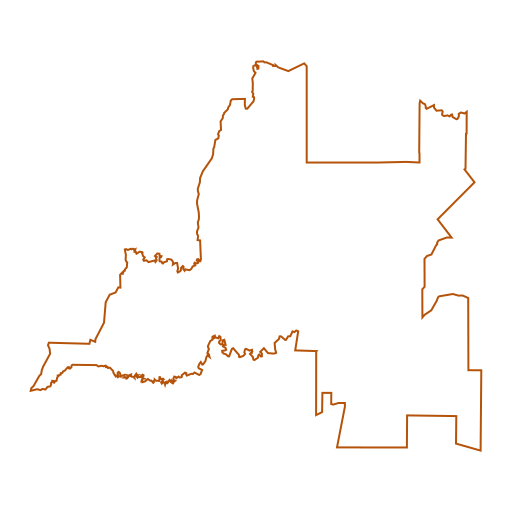 outline of Santa María, Córdoba, Argentina
{"feature_id": "61730980B95109119515520", "entity_name": "Santa María", "entity_type": "district", "adm_level": 2, "iso_a3": "ARG", "parent_name": "Argentina", "parent_adm1": "Córdoba", "projection": "equal_earth", "projection_center": [-64.536, -31.682], "detail": "fine", "context": "isolated", "style": "outline", "palette": "amber", "viewbox_px": 512, "rotation_deg": 0, "n_neighbors": 0, "source": "geoboundaries", "source_scale": "gbopen_adm2", "svg_char_len": 6047}
<svg xmlns="http://www.w3.org/2000/svg" viewBox="0 0 512 512"><path d="M124.8,249.5L125.9,254.9L125.6,259.7L126.2,261.4L127.2,262.4L126.8,267.3L124.8,269.6L124.8,270.7L123.7,271.0L122.8,273.8L122.0,273.7L121.8,273.0L120.1,274.8L120.4,287.6L118.3,287.4L115.6,292.5L109.7,294.7L105.7,302.2L104.0,322.7L95.5,339.1L95.2,341.8L90.4,339.8L89.4,343.8L48.9,342.7L48.0,345.2L49.6,349.0L50.1,353.8L43.1,366.7L41.7,370.5L41.2,374.0L39.3,375.9L33.5,386.1L31.3,388.2L30.7,390.8L37.2,389.2L40.5,390.1L42.6,388.9L45.5,389.5L47.5,386.9L50.4,386.3L51.2,384.1L51.0,383.0L52.3,381.6L52.3,380.8L53.5,381.0L53.3,382.1L54.1,382.7L55.3,381.1L56.5,380.8L57.2,377.4L58.4,376.2L57.9,375.5L60.7,374.6L60.7,373.2L62.3,372.9L63.2,371.3L64.7,370.7L67.8,367.2L68.9,367.2L68.9,368.4L69.9,368.6L71.3,367.4L71.6,365.5L72.4,364.8L96.5,365.1L98.3,366.4L101.9,365.8L103.6,366.3L105.5,365.6L106.5,366.3L106.2,367.1L107.6,367.0L108.0,368.0L110.0,367.7L113.1,371.0L113.4,372.6L114.9,375.4L115.6,375.3L115.9,376.5L117.3,376.0L117.9,377.2L118.9,376.6L117.7,374.2L117.7,372.7L118.6,371.9L119.7,372.7L121.1,376.6L122.5,375.5L124.6,375.0L124.6,376.8L123.9,377.5L126.0,377.5L126.3,378.6L127.0,378.4L127.5,376.6L128.1,377.2L128.6,376.5L127.4,375.3L130.0,375.9L130.0,374.9L131.1,374.5L130.9,375.9L131.6,376.7L133.3,376.8L134.5,378.0L134.3,376.5L136.3,373.7L136.9,374.6L136.5,375.4L137.8,375.3L136.4,376.3L137.5,377.6L137.9,377.0L139.9,377.1L142.6,374.7L143.5,375.2L143.6,375.8L142.0,377.5L144.0,378.6L142.5,378.8L141.8,380.1L141.5,381.4L142.3,381.2L142.5,382.2L145.0,381.4L147.8,379.0L150.3,380.7L151.4,380.6L153.2,382.8L153.8,382.3L153.7,381.1L154.5,380.6L154.6,379.4L155.9,380.7L159.1,380.9L159.6,376.3L160.7,379.1L163.1,378.7L163.7,379.4L161.1,382.2L161.8,383.6L163.6,382.1L164.5,382.7L165.1,384.7L165.9,382.0L166.6,381.7L166.8,383.0L167.4,383.2L169.5,380.0L170.6,381.6L171.4,380.3L172.5,381.6L172.2,383.0L173.0,383.4L174.3,381.2L175.1,380.8L173.8,380.1L173.3,378.9L174.2,376.6L175.7,376.9L176.3,378.2L178.5,376.6L179.6,377.5L181.3,377.2L181.9,376.7L181.7,375.3L185.0,372.6L186.4,373.2L186.1,374.4L186.8,375.6L191.3,373.8L192.9,374.0L194.5,372.5L199.3,375.0L200.6,374.0L202.1,369.9L198.7,368.3L198.2,366.9L199.4,363.8L200.8,362.0L202.3,364.6L203.1,364.4L205.4,361.1L206.4,357.1L207.6,355.4L209.5,356.9L209.1,355.7L207.8,355.1L207.7,354.0L208.4,353.9L207.4,352.9L208.9,349.0L207.9,346.8L208.1,345.7L210.3,341.0L212.3,339.8L212.5,336.7L214.8,335.6L215.0,336.5L214.2,338.1L215.5,337.4L218.2,338.3L219.2,336.1L220.4,336.8L220.7,339.9L219.2,341.6L219.0,342.8L220.6,344.4L222.3,344.4L222.8,340.3L224.3,339.8L225.6,344.9L223.5,344.9L223.0,346.4L225.4,347.7L226.2,349.7L225.2,350.4L222.2,350.8L222.4,352.4L223.7,353.6L225.8,354.2L228.1,356.3L229.1,356.4L231.9,348.9L233.1,348.2L238.7,354.6L239.2,355.4L239.0,356.8L239.9,357.2L243.4,355.8L245.1,353.9L244.3,352.2L245.1,349.3L246.0,348.8L249.5,350.6L252.0,349.8L252.3,351.4L251.7,352.1L251.8,352.8L251.0,352.8L250.0,353.9L252.9,357.0L253.4,359.6L254.5,360.0L257.9,357.7L258.4,355.2L259.2,354.5L260.9,356.5L261.9,356.3L261.9,353.5L260.2,351.9L263.9,348.2L268.0,353.1L273.6,353.6L275.9,353.1L276.2,352.6L275.2,349.7L274.6,343.0L279.0,338.9L279.6,336.4L280.9,336.3L285.2,339.9L286.0,339.9L288.1,336.4L290.3,336.2L292.5,331.4L294.4,332.1L296.2,330.5L298.2,331.3L295.2,350.4L316.6,351.1L316.2,351.8L316.1,415.1L322.1,412.1L322.4,392.9L331.3,392.9L331.2,404.0L333.2,404.6L338.4,403.0L344.9,403.0L344.9,406.7L337.0,447.4L406.9,447.5L407.1,415.4L456.3,416.1L456.0,443.6L480.6,450.6L481.3,370.3L468.4,370.2L468.2,298.0L462.6,295.5L458.4,295.6L452.9,294.0L439.3,296.3L438.1,297.2L436.6,301.0L431.3,310.3L424.6,314.8L422.4,317.4L422.3,289.3L424.6,286.8L424.5,258.9L427.0,256.0L431.4,254.5L436.1,245.3L437.2,244.4L437.1,242.7L438.5,240.5L446.8,237.5L451.6,237.6L437.6,219.3L474.5,182.3L464.5,169.4L465.5,168.7L466.0,133.8L466.6,133.6L466.7,111.8L464.6,113.5L461.0,112.5L458.8,113.8L458.8,116.6L457.5,118.9L456.4,119.2L452.6,117.0L452.1,114.5L451.1,114.7L449.7,116.4L447.4,115.4L444.2,116.1L442.3,115.1L442.1,113.8L442.7,111.7L442.2,110.7L441.6,110.3L436.5,110.7L434.0,107.6L434.0,105.1L426.6,108.8L425.7,107.9L425.8,106.6L425.0,104.2L422.9,103.3L420.2,100.7L419.6,103.3L419.2,152.7L419.5,153.2L419.5,162.5L406.1,161.9L379.3,162.5L306.7,162.5L306.7,66.2L304.2,63.4L288.3,71.1L278.1,67.3L275.5,64.9L275.5,66.0L273.0,65.9L273.0,65.1L266.3,62.3L264.4,62.4L263.4,61.4L256.4,61.7L255.8,62.8L255.9,64.3L258.5,66.0L258.4,68.5L257.4,68.9L257.1,67.1L255.6,64.9L253.4,66.1L253.1,67.5L253.8,71.0L255.5,72.9L252.3,78.4L252.8,83.2L252.7,90.8L252.1,91.8L253.3,93.8L252.8,96.8L254.0,97.2L254.2,98.1L253.6,101.2L247.3,108.7L245.8,108.7L244.8,105.2L244.9,98.9L232.3,99.2L230.8,100.5L230.0,104.9L228.2,107.5L227.9,109.2L224.1,113.0L224.1,113.8L222.9,115.6L222.8,118.0L220.6,121.4L221.0,129.9L219.2,131.2L218.0,134.3L218.8,135.4L218.3,138.4L215.4,139.9L214.2,147.1L213.4,148.6L213.1,154.3L211.8,158.4L202.9,171.2L200.1,178.0L199.9,182.3L197.8,188.7L197.9,191.2L198.8,194.0L197.1,200.4L197.0,203.5L198.7,212.1L199.0,216.3L198.8,219.5L197.8,222.4L198.5,227.6L197.0,231.4L197.0,233.7L198.1,235.9L197.6,240.1L200.1,240.4L200.9,259.6L200.4,259.8L200.3,261.2L199.5,261.1L198.2,259.1L197.2,259.3L196.7,260.3L198.3,262.1L198.2,262.8L196.6,263.5L194.7,262.7L194.2,263.8L195.2,265.4L192.6,266.5L191.4,268.8L189.6,270.2L185.3,269.4L184.6,270.7L183.3,269.0L183.5,266.7L182.8,266.0L181.1,267.8L180.9,270.2L180.3,271.1L177.9,272.5L177.3,271.4L178.1,268.5L177.1,263.0L175.3,263.0L172.9,264.6L173.2,262.9L172.6,261.2L171.3,259.6L168.5,259.0L167.3,259.1L166.9,261.3L164.1,262.2L162.9,263.5L162.3,263.3L161.5,261.5L160.0,261.5L159.4,260.8L159.7,257.3L161.0,257.2L161.5,256.2L159.6,255.7L159.4,253.7L157.3,253.5L155.0,256.0L156.7,257.0L155.9,257.9L156.7,260.2L155.4,262.0L154.6,260.5L148.5,262.1L146.4,260.3L143.9,260.8L143.2,259.7L144.7,257.4L143.1,256.1L142.1,253.4L142.6,252.8L142.3,252.2L139.6,251.7L136.5,253.7L135.7,251.7L134.7,251.8L135.3,249.4L134.2,250.1L134.0,249.1L132.9,248.7L131.5,249.3L130.6,248.8L127.9,250.0L126.0,249.1L124.8,249.5Z" fill="none" stroke="#b45309" stroke-width="2"/></svg>